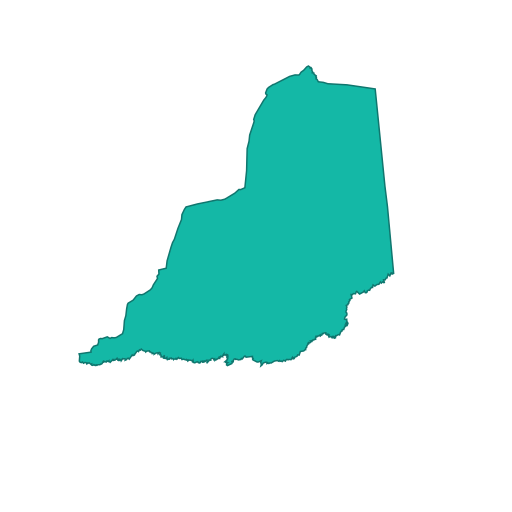 Narok West, Rift Valley, Kenya (Equal Earth projection), rotated 227°
{"feature_id": "3690345B77596051964159", "entity_name": "Narok West", "entity_type": "district", "adm_level": 2, "iso_a3": "KEN", "parent_name": "Kenya", "parent_adm1": "Rift Valley", "projection": "equal_earth", "projection_center": [35.345, -1.322], "detail": "fine", "context": "isolated", "style": "filled", "palette": "teal", "viewbox_px": 512, "rotation_deg": 227, "n_neighbors": 0, "source": "geoboundaries", "source_scale": "gbopen_adm2", "svg_char_len": 6075}
<svg xmlns="http://www.w3.org/2000/svg" viewBox="0 0 512 512"><g transform="rotate(227 256 256)"><path d="M247.0,117.7L245.5,119.2L245.8,121.5L245.4,120.5L244.7,120.2L245.1,119.3L244.4,118.7L242.5,120.2L242.6,121.6L240.8,120.4L240.5,120.6L240.4,121.5L239.5,122.4L240.2,122.9L239.1,124.5L238.2,124.2L237.6,125.3L236.6,125.1L236.8,125.5L235.2,127.1L235.7,127.6L235.0,128.2L234.5,128.0L234.7,130.0L233.4,130.0L232.1,131.7L230.8,131.2L229.9,132.8L228.2,133.5L227.9,134.5L227.1,134.3L226.6,135.3L225.7,134.6L225.5,136.1L224.5,137.0L223.0,137.9L222.4,137.6L222.8,138.9L220.7,137.7L219.6,138.4L218.8,140.9L217.5,141.2L217.1,140.6L217.2,141.6L216.3,141.7L216.0,142.4L216.6,143.8L215.8,144.7L215.2,145.0L214.8,144.5L214.2,145.2L215.0,145.8L214.0,146.2L214.3,146.7L213.5,147.0L213.6,148.5L213.3,149.1L212.4,148.4L211.8,148.6L211.2,146.7L211.5,150.2L211.9,150.7L210.7,151.8L211.2,152.1L211.4,153.5L210.7,154.5L209.6,155.0L209.1,154.6L209.0,155.6L207.7,154.7L207.6,156.5L207.1,156.5L207.0,158.2L206.1,159.3L207.0,159.3L207.3,160.3L206.4,160.7L206.6,161.6L206.2,161.4L206.0,162.2L205.1,162.9L205.8,163.2L206.3,165.7L205.4,164.8L204.6,166.3L203.4,166.3L203.3,166.9L204.0,167.4L203.1,167.9L202.0,167.0L202.3,166.5L201.9,165.9L201.6,166.8L200.1,165.2L200.3,164.5L199.7,164.2L199.8,161.7L199.1,162.6L198.7,162.4L199.0,161.3L198.4,161.4L197.4,162.4L197.5,161.7L196.5,160.2L195.3,160.4L193.8,165.0L194.5,166.3L195.3,166.5L194.9,167.5L194.4,166.7L194.1,167.1L195.3,168.6L195.5,169.9L194.9,170.7L194.4,170.5L193.5,171.6L192.0,172.3L190.6,174.3L191.0,175.4L190.1,175.7L190.6,179.3L190.0,179.9L188.8,179.7L185.0,184.9L184.1,184.0L183.0,184.1L182.9,183.2L182.1,182.9L177.7,184.5L176.8,185.6L175.8,188.4L175.1,187.0L173.1,185.9L172.3,184.7L172.2,186.1L172.8,188.4L171.7,190.8L170.5,191.6L169.9,190.7L169.3,192.0L168.6,192.1L168.4,193.2L167.4,194.1L166.6,197.8L165.0,200.3L163.7,200.7L163.5,201.9L162.6,201.7L161.9,202.9L160.9,203.1L160.8,205.2L159.1,205.8L159.5,207.2L159.3,208.2L158.2,208.6L157.9,209.6L156.3,210.9L157.0,213.4L155.8,212.8L155.0,213.5L155.1,214.3L155.9,214.3L154.7,217.6L155.3,219.0L154.1,220.0L155.9,223.3L154.0,226.2L154.1,227.8L153.6,228.4L154.8,229.6L154.6,230.6L155.7,232.1L156.0,234.2L156.5,234.2L156.9,235.2L156.0,235.2L156.3,236.0L155.7,236.6L156.0,237.1L155.5,238.2L156.1,238.2L155.8,238.4L156.2,238.9L155.5,239.7L155.8,240.5L155.1,241.1L155.3,241.8L154.4,242.8L156.0,244.2L156.3,245.1L155.6,245.1L155.6,245.8L155.3,245.7L154.6,248.8L154.2,248.2L153.6,248.3L153.7,249.3L153.3,250.4L154.1,251.7L153.6,252.2L153.2,251.5L153.5,252.6L152.7,254.3L151.9,254.7L151.4,253.8L150.0,254.1L149.9,255.3L149.0,255.6L149.3,254.6L148.7,254.8L147.1,254.2L147.2,254.9L146.6,254.7L146.1,255.7L145.1,255.9L145.2,256.9L144.3,257.9L143.9,257.9L143.8,256.4L143.4,256.8L143.5,257.4L142.3,257.4L142.0,258.4L143.2,259.2L143.4,260.0L142.8,260.2L142.6,261.9L142.0,263.0L141.3,263.3L142.6,265.9L142.8,267.4L142.5,267.9L143.2,268.5L143.2,269.1L142.4,270.0L143.6,272.1L143.5,273.2L144.3,273.9L143.1,274.7L143.0,275.1L143.8,275.2L143.5,276.2L144.0,277.3L144.6,277.5L144.5,276.8L145.3,275.6L146.2,277.9L147.9,279.2L148.3,278.3L149.5,277.7L150.6,279.3L150.9,282.3L152.3,283.5L153.3,283.4L154.3,284.2L155.0,285.9L156.1,286.5L156.6,287.6L158.3,288.3L157.7,290.1L158.4,290.8L158.3,292.0L159.3,292.5L159.4,294.3L160.4,294.7L159.8,297.5L162.9,299.3L162.0,300.0L162.1,301.6L160.5,303.0L161.5,305.0L161.4,305.6L157.5,305.8L156.4,310.1L156.7,311.4L154.6,310.9L153.9,311.7L153.9,312.7L154.6,313.6L154.2,315.2L153.4,315.7L154.1,317.3L154.2,319.3L153.5,319.8L155.0,321.9L152.9,322.4L152.7,324.9L151.5,326.6L152.2,329.3L150.7,329.2L150.7,331.0L149.3,331.3L149.1,331.8L151.6,333.1L150.5,334.2L151.1,336.1L150.6,336.8L152.6,340.3L150.2,340.3L151.5,343.2L151.0,343.9L149.9,343.3L149.4,344.8L202.3,385.7L219.0,397.8L296.9,457.1L319.1,439.3L333.0,426.0L337.0,423.7L340.9,420.4L343.6,421.1L344.6,420.7L345.5,422.1L346.3,421.9L346.7,422.9L349.2,422.4L350.5,423.1L351.6,422.1L352.4,423.2L353.8,423.4L354.5,424.4L356.2,424.7L356.5,423.8L357.2,424.3L359.2,423.9L359.7,422.0L359.3,417.5L359.7,414.3L359.0,411.4L359.3,410.6L361.9,407.9L364.4,403.1L369.2,386.2L369.7,385.6L370.7,380.2L370.6,378.1L368.7,374.2L367.7,373.7L366.4,374.0L365.9,373.4L365.2,371.6L364.7,368.0L359.9,351.8L357.4,347.4L356.1,346.9L355.3,345.8L348.8,333.9L344.7,329.2L340.6,322.8L324.7,307.2L313.5,294.4L315.0,290.1L316.3,288.9L316.4,283.3L318.8,272.0L320.8,268.3L323.5,265.9L334.0,248.7L339.6,238.3L338.9,235.4L336.8,230.1L333.5,226.4L329.4,217.7L323.9,207.7L322.7,204.1L320.3,199.7L313.1,187.7L308.3,182.0L312.1,175.3L309.0,172.7L308.7,169.8L306.7,168.6L304.9,161.3L303.6,158.4L303.3,155.6L304.6,148.2L305.5,146.1L307.5,144.3L308.3,141.3L307.5,136.0L308.7,130.3L308.2,128.9L305.7,125.5L301.1,120.1L298.5,115.7L292.4,109.1L290.2,105.4L291.7,98.2L292.9,96.4L294.8,94.8L295.3,93.0L298.3,92.1L300.5,87.0L301.6,86.2L302.3,84.6L302.0,83.6L300.3,82.1L298.9,79.5L300.7,75.7L300.2,72.4L299.3,70.6L298.2,69.8L305.1,59.9L303.0,58.8L299.6,55.1L298.2,54.9L297.0,55.7L296.8,56.8L295.2,56.7L294.8,58.3L293.7,59.1L292.7,58.7L292.8,59.6L292.2,59.5L291.8,61.1L289.6,61.4L289.3,62.0L289.1,61.4L288.0,61.5L287.4,62.0L287.2,63.3L286.4,63.2L286.2,63.9L285.2,64.1L285.1,65.2L284.5,65.2L284.4,66.1L282.9,67.7L283.0,68.6L282.5,69.0L282.3,70.0L282.9,72.0L282.4,71.9L282.0,73.1L282.3,73.2L280.6,74.1L280.9,75.5L279.7,75.9L279.7,76.8L279.2,76.3L278.8,76.8L277.7,76.8L277.9,80.6L277.3,80.4L277.2,81.2L276.7,80.8L276.0,82.0L276.0,84.7L275.4,84.5L275.5,83.7L274.3,85.0L274.3,84.1L274.0,83.9L273.3,84.2L273.1,85.5L272.6,85.3L272.4,86.5L271.3,85.9L271.9,88.6L270.9,89.1L270.3,90.1L269.4,90.0L269.0,89.3L268.5,90.7L268.9,91.9L268.4,92.9L267.0,92.9L268.1,98.0L267.1,98.0L266.5,99.5L267.1,99.9L266.8,100.5L267.5,103.7L267.2,104.7L266.2,104.9L266.9,106.8L266.0,107.2L266.2,108.6L264.0,108.9L261.4,110.3L261.0,110.0L260.9,111.3L259.4,113.3L258.5,112.8L257.8,113.5L256.7,113.4L255.7,114.2L255.3,113.7L254.8,114.6L253.9,115.0L253.6,114.6L253.1,116.9L252.2,118.2L251.2,117.6L251.4,119.5L250.2,119.9L249.4,118.3L248.2,119.0L247.0,117.7Z" fill="#14b8a6" stroke="#0f766e" stroke-width="1.5"/></g></svg>